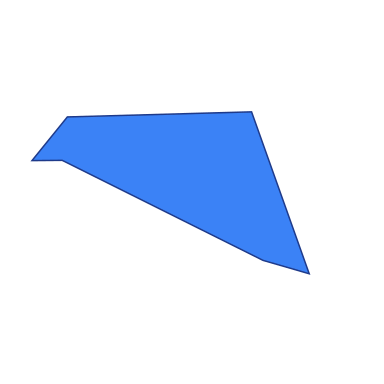 an SVG outline of Razkrižje, rotated 48°
{"feature_id": "SVN-269", "entity_name": "Razkrižje", "entity_type": "Municipality", "adm_level": 1, "iso_a3": "SVN", "parent_name": "Slovenia", "parent_adm1": "", "projection": "albers", "projection_center": [16.278, 46.524], "detail": "fine", "context": "isolated", "style": "filled", "palette": "blue", "viewbox_px": 384, "rotation_deg": 48, "n_neighbors": 0, "source": "natural_earth", "source_scale": "10m", "svg_char_len": 261}
<svg xmlns="http://www.w3.org/2000/svg" viewBox="0 0 384 384"><g transform="rotate(48 192 192)"><path d="M331.2,159.6L290.3,185.0L81.6,267.3L61.6,289.9L60.7,284.3L52.8,234.4L172.3,94.1L331.2,159.6Z" fill="#3b82f6" stroke="#1e3a8a" stroke-width="1.5"/></g></svg>